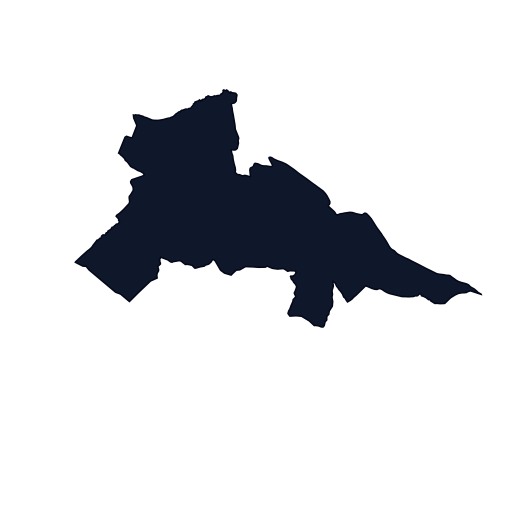 the district of Ikela, Équateur, Democratic Republic of the Congo, rotated 135°
{"feature_id": "63176286B75913983063727", "entity_name": "Ikela", "entity_type": "district", "adm_level": 2, "iso_a3": "COD", "parent_name": "Democratic Republic of the Congo", "parent_adm1": "Équateur", "projection": "equal_earth", "projection_center": [23.073, -0.987], "detail": "fine", "context": "isolated", "style": "filled", "palette": "ink", "viewbox_px": 512, "rotation_deg": 135, "n_neighbors": 0, "source": "geoboundaries", "source_scale": "gbopen_adm2", "svg_char_len": 6143}
<svg xmlns="http://www.w3.org/2000/svg" viewBox="0 0 512 512"><g transform="rotate(135 256 256)"><path d="M155.3,385.4L155.7,385.5L156.2,386.9L156.9,387.5L157.5,388.5L157.8,389.8L158.9,389.5L159.4,389.8L159.5,390.1L159.0,391.2L159.3,394.1L159.6,394.1L160.1,393.8L160.3,393.9L161.4,396.3L162.2,396.4L162.7,395.5L163.5,395.3L164.5,394.7L166.0,395.3L168.0,395.1L168.4,395.3L169.2,396.3L170.6,397.2L171.2,397.2L172.0,398.5L174.0,399.4L175.2,400.2L175.7,400.9L176.6,403.1L178.0,403.3L178.8,403.8L179.2,403.8L180.3,403.2L181.2,403.4L182.7,404.0L183.2,404.6L183.9,404.6L184.9,404.3L185.3,404.5L185.6,404.9L185.4,405.3L185.5,406.3L187.1,406.5L190.3,408.0L190.6,407.7L191.5,407.5L192.7,407.7L193.5,407.0L194.6,407.1L195.5,406.7L196.1,407.0L197.4,406.7L198.3,406.9L198.9,407.7L200.4,408.1L201.9,409.7L204.9,411.0L205.6,411.7L207.7,411.8L208.8,412.5L210.5,412.6L211.7,413.0L216.0,413.1L217.3,413.8L219.8,414.7L220.4,415.4L225.3,418.2L229.2,421.0L232.1,424.0L233.3,425.6L235.7,431.4L236.7,433.1L237.2,434.9L238.4,436.8L238.9,438.1L239.6,439.0L240.4,439.6L241.3,441.0L242.1,441.2L243.0,442.4L244.9,440.0L248.0,432.5L260.1,427.1L261.5,429.3L262.9,432.2L264.6,432.6L280.4,425.9L280.1,424.7L280.2,423.2L280.0,421.3L280.0,417.2L280.5,416.9L280.7,416.4L280.5,415.6L280.7,414.8L280.4,413.6L281.3,408.0L280.8,405.8L280.2,404.6L279.2,400.3L277.8,397.2L277.1,393.9L277.5,392.5L279.6,392.7L289.9,397.8L292.0,397.3L292.9,396.2L294.0,392.1L295.1,390.5L296.5,389.2L301.7,387.9L303.3,387.8L304.5,386.9L307.0,383.7L308.7,382.8L316.7,382.5L322.2,382.7L325.8,383.3L326.8,383.0L326.9,379.4L328.0,378.3L328.4,376.5L330.9,376.3L332.3,377.3L333.8,377.2L334.9,377.5L335.3,377.3L336.0,377.2L337.6,378.1L339.7,377.5L343.2,378.3L343.9,377.6L344.5,377.5L345.3,378.3L347.7,377.6L348.2,377.8L349.2,379.1L351.0,379.3L352.8,378.3L353.4,378.3L353.8,378.9L356.1,378.9L357.1,379.6L363.5,378.8L366.0,378.3L368.9,378.4L372.1,378.8L379.0,379.2L386.7,379.4L387.7,379.5L388.2,379.3L385.6,371.3L383.4,368.7L383.9,364.2L382.2,344.5L380.9,329.6L378.7,324.9L377.7,313.3L365.8,313.3L348.3,312.9L341.5,310.3L340.0,312.2L338.3,313.6L335.5,314.4L334.7,315.0L333.8,316.3L333.1,317.8L332.3,318.0L329.3,317.9L328.6,318.6L327.9,320.1L327.1,320.9L326.9,321.6L324.2,322.4L321.1,315.6L320.6,312.3L319.7,310.9L318.8,310.7L313.7,307.1L312.6,305.5L312.0,300.0L310.2,298.4L307.8,294.6L307.9,290.8L307.3,290.1L303.3,287.9L299.7,285.4L298.4,285.4L295.1,283.7L292.0,283.5L289.5,284.2L288.6,283.5L288.3,281.6L291.1,271.0L290.4,266.2L287.1,260.1L283.5,260.1L279.9,259.9L277.3,257.7L270.9,255.9L265.8,250.4L262.0,246.0L257.3,241.5L255.3,241.0L253.2,235.8L251.5,233.4L251.1,233.0L250.1,231.6L245.6,227.8L245.0,226.1L244.4,222.8L242.3,221.5L238.9,217.8L239.1,216.2L241.7,215.2L244.1,215.7L245.7,217.2L246.2,217.1L246.4,216.1L247.2,215.2L247.4,214.0L247.3,212.8L247.9,210.9L248.1,208.0L248.7,206.1L249.1,205.5L250.5,204.7L253.5,203.3L254.9,202.9L255.5,202.1L256.2,200.0L256.8,199.0L260.5,198.9L262.2,197.7L266.8,195.9L269.2,194.7L271.8,194.0L274.0,192.8L274.6,189.7L273.2,188.3L270.0,185.5L266.4,181.2L264.2,172.3L264.0,165.6L262.9,164.7L261.1,162.2L260.1,159.9L259.5,159.0L258.5,158.3L256.9,158.6L253.5,160.7L251.6,160.6L250.8,161.1L249.4,162.6L248.1,163.3L245.8,163.3L243.2,165.3L237.6,166.5L234.0,169.5L231.4,173.2L229.1,174.7L226.8,177.7L222.7,179.9L221.6,181.2L220.3,183.3L219.5,183.7L219.2,181.8L219.3,180.5L220.4,177.5L220.6,175.4L221.1,173.3L221.1,171.6L221.7,168.0L223.0,165.0L222.8,163.2L223.5,160.7L223.8,158.8L220.8,158.0L218.5,157.7L216.0,157.8L212.9,157.5L199.8,157.4L199.0,156.3L196.9,151.0L195.5,148.4L194.0,146.7L192.1,146.0L191.4,145.2L190.8,144.0L190.4,142.6L190.0,140.3L189.4,138.0L188.2,135.1L181.5,124.1L179.1,121.6L176.9,119.2L173.3,116.0L171.3,115.1L170.6,114.2L169.8,113.7L167.1,113.6L166.4,112.5L166.5,111.9L167.1,110.9L166.0,108.7L165.2,106.4L164.9,103.2L164.0,102.3L163.9,101.7L164.2,100.6L163.1,96.0L161.5,94.5L159.5,92.1L156.6,89.4L156.0,89.0L148.1,88.9L142.9,87.7L139.3,86.4L136.5,84.4L134.4,82.5L133.2,81.5L131.2,80.9L129.0,79.7L123.9,69.6L123.8,69.8L124.8,73.6L124.7,75.1L125.0,78.3L126.2,82.6L126.1,85.2L126.6,86.8L127.7,89.0L129.2,91.5L130.3,93.6L130.8,94.6L131.2,95.9L131.6,97.3L131.9,99.7L132.3,101.7L132.7,104.9L133.1,105.7L134.9,107.7L136.7,110.3L139.4,113.7L140.2,114.9L140.8,116.0L143.6,124.3L144.2,125.9L147.4,136.1L149.4,142.0L150.6,146.1L151.6,148.4L154.1,156.0L154.4,157.3L154.6,158.8L154.5,161.1L154.6,162.2L155.3,164.6L155.4,166.0L155.3,167.2L154.8,169.6L154.2,171.6L153.5,174.2L152.8,177.4L152.2,180.9L151.7,182.8L150.9,188.0L150.4,191.2L148.2,200.8L147.9,204.4L147.9,205.7L147.9,207.8L148.2,208.6L148.8,209.4L149.9,209.7L150.6,209.7L151.3,209.9L151.9,210.3L152.6,211.0L155.2,215.0L156.5,217.5L157.1,218.6L158.6,220.4L160.4,221.8L161.3,222.4L162.5,223.4L165.1,225.1L166.5,226.2L168.3,227.0L169.1,227.5L169.6,227.9L169.8,228.4L169.9,228.9L169.9,229.4L169.5,230.5L169.4,231.2L169.3,232.2L169.4,235.5L169.5,236.6L169.6,239.2L169.5,239.9L169.3,240.4L168.8,240.7L167.7,240.6L166.5,241.1L165.5,242.0L164.9,243.3L164.3,245.0L163.2,248.7L162.8,251.0L162.6,254.4L163.0,257.2L164.9,269.2L165.7,274.9L167.3,284.1L168.0,290.3L169.4,298.0L169.8,299.8L171.2,303.6L173.5,308.4L174.4,310.8L174.8,311.9L175.3,314.4L175.9,315.6L176.9,316.4L177.4,316.3L177.8,315.7L178.6,313.4L179.8,309.5L180.2,308.6L180.5,308.2L181.0,308.0L181.5,308.1L182.1,308.5L182.7,309.2L184.9,312.2L186.7,314.1L188.0,315.8L188.8,317.8L189.1,318.8L189.4,319.7L190.8,321.8L191.2,322.2L192.0,322.3L192.7,322.1L193.9,321.5L194.8,321.3L195.6,321.4L197.1,322.0L197.8,322.1L198.3,322.0L199.6,321.1L203.6,316.3L204.0,316.2L204.4,316.7L206.3,320.2L207.1,321.1L208.9,322.2L210.1,325.1L211.3,326.5L211.6,327.1L211.5,328.2L211.7,329.3L211.2,330.2L209.9,331.1L208.9,332.3L208.0,333.6L206.3,336.7L203.9,340.4L201.4,343.6L200.8,345.1L200.2,346.2L198.5,348.5L198.0,348.3L196.5,346.3L195.4,345.5L193.2,345.3L188.6,348.2L187.2,350.1L186.5,350.6L185.2,351.3L184.4,352.4L181.9,358.2L181.0,360.3L178.2,363.6L174.0,369.5L172.5,371.6L169.9,375.5L168.7,376.9L166.5,380.3L165.7,380.9L165.0,380.8L163.1,379.5L162.0,379.4L160.4,379.6L159.7,380.1L158.1,381.6L155.6,383.3L155.3,385.4Z" fill="#0f172a" stroke="#020617" stroke-width="1.5"/></g></svg>